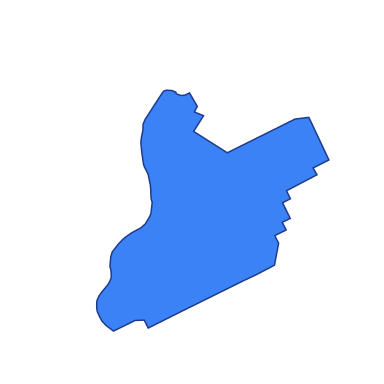 Clark, Indiana, United States of America, rotated 154°
{"feature_id": "52423323B43652235718756", "entity_name": "Clark", "entity_type": "district", "adm_level": 2, "iso_a3": "USA", "parent_name": "United States of America", "parent_adm1": "Indiana", "projection": "mercator", "projection_center": [-85.662, 38.437], "detail": "fine", "context": "isolated", "style": "filled", "palette": "blue", "viewbox_px": 384, "rotation_deg": 154, "n_neighbors": 0, "source": "geoboundaries", "source_scale": "gbopen_adm2", "svg_char_len": 1224}
<svg xmlns="http://www.w3.org/2000/svg" viewBox="0 0 384 384"><g transform="rotate(154 192 192)"><path d="M54.3,203.4L54.3,207.9L67.5,212.4L89.6,212.2L143.1,211.8L164.0,245.7L148.2,255.5L154.8,262.9L149.7,266.6L150.8,282.1L155.9,282.2L159.5,283.5L163.0,287.0L163.1,287.5L162.7,288.7L165.3,291.8L170.1,294.6L173.0,295.1L175.9,293.7L178.4,292.2L188.1,286.4L201.0,278.6L202.2,277.9L205.9,274.7L206.2,274.4L209.2,268.8L213.4,263.4L216.4,258.7L219.9,249.2L223.5,237.9L223.8,235.1L223.6,228.6L223.8,226.5L225.9,218.6L226.2,217.2L227.7,213.1L231.6,204.2L232.2,201.4L232.1,200.5L238.3,190.7L240.1,189.0L247.7,183.9L253.7,182.2L264.1,181.8L272.1,180.5L276.5,179.2L281.4,177.3L290.0,173.1L293.5,169.2L297.6,162.5L298.4,160.9L299.2,157.2L300.1,154.9L301.6,151.4L302.6,150.0L305.3,147.6L307.3,146.2L309.2,145.1L317.1,141.6L321.2,139.3L321.3,139.2L324.7,136.4L326.0,134.6L328.7,129.1L329.6,125.7L329.7,120.2L329.5,115.2L327.5,109.1L323.5,101.4L299.5,101.5L291.1,97.8L291.0,88.9L256.2,89.3L185.0,89.7L170.6,89.5L163.1,89.7L149.9,90.1L136.6,108.0L136.7,116.5L124.0,116.6L124.2,125.2L115.3,125.2L115.3,142.6L106.5,142.8L106.5,151.7L72.1,152.7L72.6,160.5L54.9,160.8L54.3,203.4Z" fill="#3b82f6" stroke="#1e3a8a" stroke-width="1.5"/></g></svg>